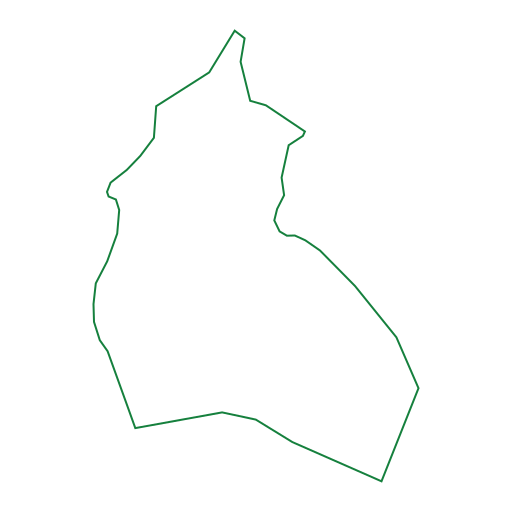 Logatec, Albers equal-area conic projection
{"feature_id": "SVN-964", "entity_name": "Logatec", "entity_type": "Municipality", "adm_level": 1, "iso_a3": "SVN", "parent_name": "Slovenia", "parent_adm1": "", "projection": "albers", "projection_center": [14.177, 45.942], "detail": "fine", "context": "isolated", "style": "outline", "palette": "green", "viewbox_px": 512, "rotation_deg": 0, "n_neighbors": 0, "source": "natural_earth", "source_scale": "10m", "svg_char_len": 646}
<svg xmlns="http://www.w3.org/2000/svg" viewBox="0 0 512 512"><path d="M234.7,30.7L244.6,38.3L240.6,61.8L250.2,100.8L265.9,105.3L304.9,131.5L302.9,135.9L288.7,145.2L281.6,177.6L284.1,195.2L277.1,209.0L274.3,220.4L279.6,231.4L286.9,235.7L294.8,235.5L305.3,240.3L320.0,250.5L355.0,286.0L396.4,337.3L418.5,388.2L381.5,481.3L292.4,442.1L255.8,419.6L222.1,412.4L135.3,428.1L126.9,404.7L107.6,351.2L99.8,340.2L94.0,321.9L93.5,304.1L95.8,283.3L107.2,261.3L117.2,233.6L119.2,210.0L115.9,199.5L108.6,196.5L107.0,191.9L110.6,182.6L126.8,169.9L140.3,155.9L153.9,137.8L156.2,106.2L209.2,72.4L234.7,30.7Z" fill="none" stroke="#15803d" stroke-width="2"/></svg>